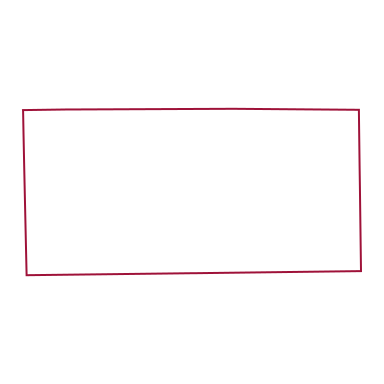 Telsen, Chubut, Argentina
{"feature_id": "61730980B58440268064680", "entity_name": "Telsen", "entity_type": "district", "adm_level": 2, "iso_a3": "ARG", "parent_name": "Argentina", "parent_adm1": "Chubut", "projection": "orthographic", "projection_center": [-67.11, -42.441], "detail": "fine", "context": "isolated", "style": "outline", "palette": "rose", "viewbox_px": 384, "rotation_deg": 0, "n_neighbors": 0, "source": "geoboundaries", "source_scale": "gbopen_adm2", "svg_char_len": 325}
<svg xmlns="http://www.w3.org/2000/svg" viewBox="0 0 384 384"><path d="M361.0,271.1L359.9,186.4L359.6,166.5L359.1,127.9L358.9,110.5L358.9,109.8L233.3,108.8L65.2,109.5L23.0,110.1L23.1,111.1L23.5,133.0L24.2,166.8L26.6,275.2L109.9,274.2L192.6,273.2L194.9,273.2L361.0,271.1Z" fill="none" stroke="#9f1239" stroke-width="2"/></svg>